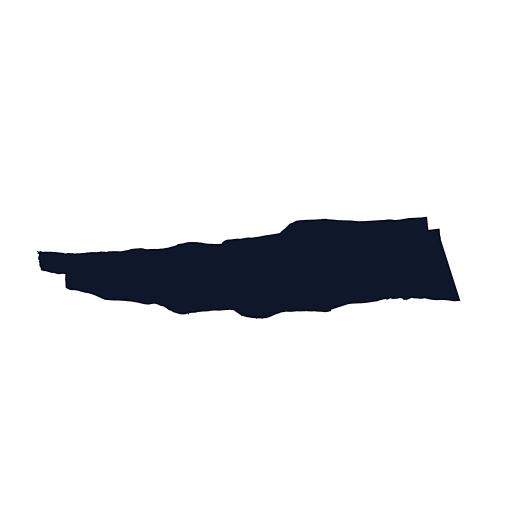 the district of Ibanesti, Vaslui, Romania, rotated 289°
{"feature_id": "2599482B62946282817270", "entity_name": "Ibanesti", "entity_type": "district", "adm_level": 2, "iso_a3": "ROU", "parent_name": "Romania", "parent_adm1": "Vaslui", "projection": "albers", "projection_center": [27.597, 46.426], "detail": "fine", "context": "isolated", "style": "filled", "palette": "ink", "viewbox_px": 512, "rotation_deg": 289, "n_neighbors": 0, "source": "geoboundaries", "source_scale": "gbopen_adm2", "svg_char_len": 6063}
<svg xmlns="http://www.w3.org/2000/svg" viewBox="0 0 512 512"><g transform="rotate(289 256 256)"><path d="M347.8,404.5L345.4,399.7L344.4,396.8L343.7,395.4L341.0,388.6L337.8,382.7L337.1,381.5L336.5,380.4L335.5,377.9L334.8,376.8L334.5,376.0L334.3,375.3L334.0,373.2L333.6,371.5L333.2,370.0L331.0,365.6L330.6,364.7L330.2,363.3L327.4,356.7L325.8,352.8L323.4,347.1L322.5,344.4L321.9,343.1L320.9,339.5L320.1,335.9L318.9,331.4L318.2,330.1L318.0,328.8L317.4,327.2L316.9,325.0L316.2,323.2L315.5,320.5L314.9,317.5L314.5,316.2L314.3,315.8L313.9,313.7L313.5,312.8L313.4,312.3L313.4,311.6L313.3,310.5L313.2,310.1L312.6,308.8L312.4,307.9L312.0,307.0L311.1,305.7L310.9,304.8L310.7,304.4L309.9,302.2L309.6,301.9L309.0,300.1L308.4,299.1L308.1,297.7L307.5,296.5L305.4,290.8L304.6,289.2L303.6,286.7L302.2,283.7L301.8,283.1L299.8,281.1L298.4,280.0L297.8,278.9L297.0,278.0L291.2,275.2L289.3,273.9L287.3,272.7L285.4,271.9L284.5,271.0L282.1,266.7L280.3,263.2L279.8,262.4L278.8,260.4L278.4,259.3L277.9,258.5L277.6,258.1L276.2,255.5L275.1,253.9L272.3,248.3L271.0,245.8L270.6,243.9L269.7,241.7L266.1,235.2L265.9,233.7L264.9,231.3L262.5,226.6L261.7,224.5L261.3,223.7L260.8,223.0L259.7,221.9L258.7,221.1L257.8,220.5L257.3,220.3L256.3,220.3L255.9,220.1L255.6,219.5L254.2,216.5L253.5,214.2L253.0,212.7L252.7,211.3L251.6,208.0L250.7,204.4L250.0,199.3L249.8,198.8L249.5,198.2L249.4,196.9L248.6,194.1L246.8,188.8L245.8,186.8L244.6,184.8L243.6,183.5L243.1,182.6L241.5,179.2L241.2,178.9L240.7,178.4L240.0,178.0L238.6,176.4L236.8,173.8L236.7,173.4L236.3,172.8L235.2,171.5L234.9,171.0L231.7,165.2L231.5,164.2L230.9,163.2L229.7,160.4L229.0,158.1L228.3,156.4L227.5,154.0L226.8,152.6L225.9,149.9L225.7,148.3L225.7,147.7L225.7,147.0L225.2,144.8L224.8,143.7L224.4,143.0L223.6,141.1L223.2,139.9L222.0,137.7L221.6,136.5L221.4,136.1L219.9,134.4L219.0,133.0L218.8,132.4L218.0,130.9L216.9,129.3L216.4,128.5L216.2,127.7L215.8,127.1L215.3,126.5L215.2,126.1L215.0,124.4L213.7,120.8L213.3,119.5L212.5,117.4L212.3,116.9L211.5,115.0L210.9,114.5L210.5,113.7L209.8,110.9L209.4,109.7L209.1,109.0L209.1,108.1L208.9,107.6L208.2,107.2L207.9,106.6L207.8,105.6L207.1,104.7L206.6,103.0L205.1,98.7L204.5,97.6L203.9,96.2L203.8,95.7L203.6,95.6L203.0,94.2L202.7,94.3L202.3,93.4L201.9,91.9L200.1,88.0L199.7,86.8L199.6,86.0L199.3,85.4L198.6,84.7L198.4,82.9L198.3,82.2L197.4,79.6L197.4,78.7L196.5,76.7L195.8,76.1L195.5,75.5L195.5,73.4L195.3,72.1L194.8,70.4L194.3,67.8L194.0,66.7L193.8,65.6L193.5,64.8L192.4,60.4L191.8,59.0L190.9,55.9L189.8,53.5L189.6,52.6L189.8,50.9L189.7,50.7L189.3,50.7L188.8,50.4L188.7,50.0L188.7,49.3L188.5,49.6L188.0,49.4L188.0,49.6L188.1,50.2L186.7,51.1L186.0,51.4L185.3,51.4L184.4,51.2L182.9,51.5L182.3,52.1L182.3,53.2L182.1,53.5L181.7,53.3L180.2,53.3L180.0,53.5L179.9,53.8L179.2,54.3L177.9,54.6L176.8,55.0L176.5,55.2L176.1,56.2L175.8,56.2L174.5,57.3L174.0,57.5L173.4,57.7L173.5,58.1L173.3,59.6L173.4,60.4L173.9,61.3L174.1,64.8L174.3,66.2L174.1,67.1L174.1,67.6L174.7,69.4L175.0,71.0L175.0,73.7L175.0,74.3L175.6,75.6L175.6,76.1L175.8,76.6L176.6,77.8L176.9,78.5L177.4,80.5L177.6,82.5L177.3,82.4L175.2,82.9L172.1,83.8L169.7,85.0L164.9,86.8L164.8,87.0L164.4,88.3L164.2,89.8L164.2,91.2L164.3,92.2L164.6,93.1L165.4,95.5L165.9,98.2L166.1,100.6L166.0,101.1L166.2,104.4L166.5,107.0L167.1,109.7L167.1,110.2L167.2,114.7L167.1,115.9L167.1,117.7L166.9,119.0L166.8,120.0L166.5,122.8L166.4,123.3L166.3,125.7L166.1,126.8L166.4,128.5L168.6,136.6L169.0,137.7L169.7,139.6L170.8,143.7L171.7,146.8L172.1,149.0L172.4,149.9L172.8,151.5L173.2,153.4L174.2,159.6L174.4,161.6L174.5,162.9L174.9,166.0L175.0,167.0L175.7,169.5L176.0,170.5L177.1,172.2L178.5,175.0L178.8,176.1L179.0,177.9L178.9,178.7L178.7,180.6L178.6,181.8L178.7,182.6L179.0,184.6L178.8,185.8L178.3,188.1L177.4,191.0L177.3,191.8L177.4,193.3L177.3,194.0L176.9,195.3L176.7,196.6L177.0,201.8L177.0,202.5L177.1,203.7L177.9,206.2L178.6,207.8L180.1,209.7L180.2,210.0L180.2,210.3L179.9,210.7L180.6,210.8L180.9,211.1L182.2,213.8L183.3,216.8L184.3,218.2L184.8,218.8L185.0,219.2L185.3,220.2L187.2,224.1L187.3,224.7L188.9,228.5L189.8,230.2L190.4,231.0L190.6,231.8L190.8,232.3L191.3,233.1L191.4,233.6L191.9,234.7L192.0,235.5L192.6,237.0L192.8,238.2L193.1,239.0L193.8,240.2L194.2,241.3L196.1,245.5L196.7,247.4L197.4,248.1L197.5,248.5L197.5,249.0L197.4,249.4L197.4,249.8L198.0,250.8L198.2,251.3L198.3,251.7L198.2,252.3L198.1,253.2L197.6,255.1L197.1,256.3L196.9,257.6L196.2,259.7L196.2,260.5L195.4,261.9L195.7,262.2L195.9,262.7L196.0,263.5L196.1,263.8L195.8,264.5L196.0,267.3L196.4,269.1L196.6,270.7L197.1,273.4L197.7,275.1L197.9,275.9L197.6,276.6L198.3,277.4L198.7,278.9L199.4,280.6L199.4,281.5L199.5,282.0L200.6,283.6L200.9,284.8L201.3,285.6L202.2,286.8L204.0,289.1L207.2,292.4L209.2,294.9L209.7,295.8L211.1,297.3L212.1,298.9L212.8,300.5L213.2,301.2L213.8,301.9L214.2,303.2L214.4,304.1L214.8,305.5L215.9,308.5L217.8,312.3L218.3,314.4L219.4,317.3L220.4,320.0L220.9,321.0L221.5,323.3L221.7,324.1L222.0,324.8L222.3,326.2L223.8,329.7L223.8,330.6L224.6,333.6L225.4,336.0L225.9,338.6L226.1,339.5L227.6,342.3L228.3,343.3L228.5,343.8L228.7,344.0L230.1,343.7L241.1,358.4L242.0,360.2L242.6,361.3L245.9,369.5L245.9,369.8L247.8,374.1L249.1,376.8L249.7,377.8L250.5,379.4L251.6,381.4L252.3,383.0L253.0,384.4L255.3,387.4L255.9,388.5L257.0,390.0L257.9,391.6L258.5,392.3L258.5,393.1L258.1,393.8L259.1,395.1L259.9,395.8L260.7,396.8L260.6,398.0L260.5,398.3L260.7,399.4L262.7,404.0L263.6,404.7L263.9,405.7L264.2,408.0L264.2,408.5L264.0,408.9L263.4,409.6L263.4,410.0L263.8,410.8L264.4,412.6L266.4,414.9L267.0,415.4L267.8,416.6L268.1,417.4L268.2,418.0L268.0,418.4L268.1,418.9L268.9,421.4L269.1,421.9L269.3,422.8L269.4,423.6L269.7,424.8L270.1,425.6L270.3,426.8L271.1,427.7L271.7,429.0L271.9,430.6L272.1,433.0L272.4,434.8L272.5,435.9L273.5,439.9L274.1,441.8L275.1,444.1L275.8,446.2L276.3,447.6L276.9,450.3L277.3,452.0L277.7,454.1L278.1,456.2L278.3,457.6L279.1,459.6L279.8,460.9L280.1,461.9L280.3,462.7L330.2,425.6L330.2,425.3L330.9,424.9L333.5,423.9L334.2,423.2L335.6,422.4L340.7,420.3L336.8,412.3L335.5,410.5L339.7,408.2L341.7,407.4L347.8,404.5Z" fill="#0f172a" stroke="#020617" stroke-width="1.5"/></g></svg>